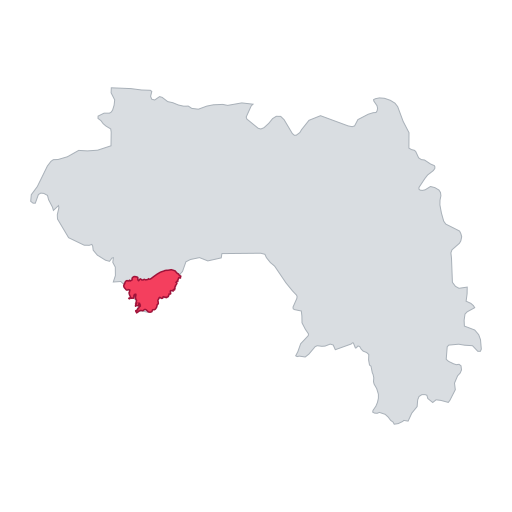 Forecariah, Forécariah, Guinea (highlighted)
{"feature_id": "49546643B90846257605457", "entity_name": "Forecariah", "entity_type": "district", "adm_level": 2, "iso_a3": "GIN", "parent_name": "Guinea", "parent_adm1": "Forécariah", "projection": "albers", "projection_center": [-13.107, 9.386], "detail": "fine", "context": "in_parent", "style": "filled", "palette": "rose", "viewbox_px": 512, "rotation_deg": 0, "n_neighbors": 0, "source": "geoboundaries", "source_scale": "gbopen_adm2", "svg_char_len": 7288}
<svg xmlns="http://www.w3.org/2000/svg" viewBox="0 0 512 512"><path d="M321.9,346.3L317.2,345.7L315.1,346.7L308.9,354.1L305.2,357.0L299.3,356.1L297.2,356.6L295.7,355.8L297.8,351.8L300.7,343.7L308.3,335.6L308.5,333.9L305.3,329.2L302.0,322.8L301.9,315.9L301.3,311.0L294.5,309.6L293.2,308.8L293.0,307.1L296.8,298.5L297.1,296.7L296.6,295.2L292.4,290.8L285.9,282.8L274.6,266.1L270.4,262.6L266.4,257.6L264.9,254.3L260.7,253.2L221.9,253.6L221.2,257.9L207.8,260.9L199.5,257.6L190.4,259.5L185.9,261.8L182.5,271.5L180.5,273.6L178.6,278.0L176.8,280.4L174.8,285.2L170.4,292.0L165.8,296.5L158.0,298.9L155.6,306.1L153.8,308.8L150.8,310.9L147.6,312.2L141.2,310.8L137.6,312.1L137.0,310.3L139.0,304.6L137.4,301.6L131.3,295.7L130.7,292.8L128.9,289.1L120.8,281.5L113.3,282.0L115.4,275.6L115.3,267.1L112.8,262.4L113.4,257.7L112.0,258.0L109.5,261.3L105.5,260.2L97.3,255.1L93.2,250.2L92.7,246.1L91.8,244.4L89.3,245.3L84.2,245.2L68.6,237.7L57.5,219.0L57.3,214.8L58.9,207.6L58.5,205.6L53.4,210.4L52.5,207.2L48.6,199.7L47.5,195.4L43.8,193.4L40.8,193.1L38.4,194.5L35.3,203.2L33.1,203.2L30.7,201.3L31.3,194.7L37.3,186.6L47.4,166.0L51.0,161.3L53.3,159.7L58.1,159.5L67.3,156.8L78.7,150.4L87.4,150.9L97.6,150.2L111.0,145.8L111.2,132.0L110.7,128.9L106.0,126.1L103.2,123.7L100.9,120.6L98.0,118.4L98.1,116.1L104.0,113.2L109.4,113.2L111.2,112.1L112.6,110.1L114.1,105.2L114.7,99.9L111.1,92.8L111.3,87.8L130.9,88.6L141.6,90.0L150.4,90.3L151.8,91.5L150.6,96.3L151.7,99.2L154.7,100.0L159.6,96.6L162.2,97.4L167.7,101.6L172.8,102.7L178.4,105.0L183.7,106.2L188.3,106.1L191.8,108.4L198.4,109.2L206.8,106.1L213.4,104.8L222.7,104.4L227.6,105.4L241.8,102.9L253.0,104.2L251.2,105.9L246.2,117.0L246.8,119.0L258.2,128.3L260.9,129.0L264.0,127.7L268.8,123.3L272.6,118.6L276.3,116.3L280.7,116.4L284.1,119.7L292.3,133.5L294.4,135.3L296.3,135.2L299.8,132.6L301.6,129.6L309.0,120.3L320.5,115.7L348.1,125.9L352.2,126.7L354.6,125.9L357.9,119.6L368.3,114.2L373.2,112.7L376.0,112.5L377.1,110.8L377.6,108.3L377.0,105.7L373.8,101.0L373.6,99.6L375.5,98.7L379.4,97.9L384.5,98.3L390.3,100.3L395.0,103.2L397.7,106.7L403.1,121.3L409.0,132.7L408.9,148.1L411.5,149.6L414.4,150.3L415.7,151.5L418.6,157.8L421.3,159.6L424.5,160.0L430.5,164.0L434.3,165.6L434.9,166.8L434.8,168.5L433.3,170.6L427.6,175.0L424.8,178.6L419.0,187.4L418.9,189.1L420.2,190.2L422.6,190.4L425.2,189.8L430.5,186.5L434.8,187.6L438.9,190.0L440.5,192.5L440.9,195.8L440.0,200.1L439.9,204.9L441.4,213.0L443.7,221.2L445.8,224.1L459.6,231.1L460.9,233.8L461.7,236.8L460.8,240.9L459.4,243.3L452.0,249.8L450.9,252.8L451.5,258.4L452.4,282.3L455.4,286.3L459.0,288.3L467.2,287.1L467.1,293.7L466.1,301.2L470.9,303.4L473.4,305.6L474.7,307.7L467.2,311.8L465.0,314.1L464.1,320.3L464.4,326.1L474.7,330.0L478.7,334.7L480.5,339.7L481.3,349.1L480.4,351.3L477.8,351.3L472.5,345.7L464.6,345.2L458.7,344.2L448.8,345.1L447.2,346.8L446.2,359.3L448.6,361.4L453.3,363.7L456.4,364.7L459.0,364.3L461.0,365.8L461.5,369.9L460.2,373.0L457.6,375.8L454.5,383.1L455.3,389.7L449.9,400.3L448.3,402.4L440.9,400.4L436.1,399.8L432.7,402.5L427.8,398.5L426.9,395.3L425.1,394.6L421.9,394.6L419.0,396.5L417.7,399.8L417.1,406.6L411.8,413.1L408.1,421.1L403.7,420.4L402.8,421.4L398.2,423.6L394.2,424.2L393.1,422.1L390.7,420.4L388.1,417.0L385.1,414.3L379.4,412.4L377.2,413.3L374.5,413.1L372.7,412.1L373.0,410.4L375.9,406.2L377.5,402.3L378.4,398.2L378.4,394.2L376.7,388.6L374.1,384.1L373.5,381.6L373.8,377.9L373.1,374.5L372.3,372.7L371.0,366.2L369.5,365.0L368.6,359.9L368.8,354.5L366.6,352.5L363.1,351.1L361.1,349.0L359.8,346.7L358.6,346.1L357.5,346.2L356.6,347.7L355.4,348.0L353.4,343.0L352.5,342.8L351.2,344.0L335.3,349.7L333.2,345.0L330.2,344.1L325.0,346.1L321.9,346.3Z" fill="#d9dde1" stroke="#a8b0b8" stroke-width="1"/><path d="M124.5,283.3L124.7,283.5L124.5,284.1L124.2,284.4L123.9,285.3L123.7,285.7L123.9,286.8L124.3,287.6L125.1,288.5L125.6,289.1L126.1,289.7L126.5,290.0L127.0,290.1L128.1,289.8L128.2,289.6L128.5,289.6L128.9,289.8L129.6,289.8L129.6,290.0L129.8,290.3L129.8,290.5L129.6,290.7L129.6,291.0L129.4,292.4L129.1,292.5L129.1,293.4L129.4,294.1L129.4,294.6L130.0,295.8L130.4,296.7L130.5,297.2L130.3,297.5L130.3,297.9L131.2,298.3L131.7,298.2L131.8,298.1L132.0,298.0L132.9,298.3L133.7,298.1L133.8,297.8L133.8,297.0L134.0,296.7L133.8,296.0L134.4,294.5L134.8,294.4L135.7,294.2L135.8,294.5L136.0,295.0L135.6,295.2L135.4,295.4L135.4,295.9L135.7,296.6L135.5,297.1L135.6,297.9L135.7,298.6L135.8,298.8L135.7,299.0L136.6,300.3L136.4,301.3L136.3,301.6L136.0,302.4L136.0,302.9L136.0,303.3L136.4,303.3L135.6,304.0L135.9,304.6L136.2,305.1L136.6,305.5L137.6,305.6L138.1,305.7L138.4,305.7L138.6,305.4L138.8,304.9L138.7,304.8L138.9,303.6L139.0,303.2L139.5,303.3L139.7,305.1L140.1,304.8L140.2,305.3L140.3,305.3L140.3,306.2L140.1,306.4L139.8,306.4L139.3,306.8L139.1,307.3L138.7,307.9L138.1,308.5L137.6,308.9L137.6,309.5L136.9,310.4L136.5,310.3L135.7,310.8L135.7,311.0L135.9,311.5L136.7,312.8L137.1,312.6L137.9,311.9L138.3,311.7L138.6,311.3L139.1,311.0L140.4,310.5L141.1,310.5L142.3,310.7L142.9,310.7L144.0,309.9L144.5,309.6L144.9,309.4L145.5,309.5L146.3,309.9L148.0,311.6L148.9,312.1L150.2,312.2L150.7,312.1L151.3,311.9L151.9,311.6L152.4,310.1L152.8,309.8L153.3,309.7L153.5,309.7L154.4,309.7L154.8,309.5L155.4,309.1L156.0,308.2L156.3,307.8L156.7,307.0L157.1,305.3L157.1,304.9L157.3,304.5L158.2,303.9L158.3,303.4L158.1,301.4L157.8,301.0L157.9,300.4L158.4,299.2L158.7,299.0L158.9,298.1L159.1,298.0L159.5,297.4L160.0,297.4L160.6,297.7L161.6,298.4L162.0,298.4L162.8,298.0L163.1,296.8L163.3,296.7L163.6,296.9L164.2,296.9L165.0,297.4L165.2,297.5L165.6,297.3L165.8,297.1L166.2,297.2L166.7,297.4L166.7,297.5L167.0,297.4L167.3,297.0L168.1,296.7L168.4,296.5L168.4,296.3L168.4,295.8L168.5,295.6L168.9,295.1L169.0,294.5L169.0,294.1L170.4,294.0L170.6,293.8L170.7,293.5L170.7,293.1L170.4,292.5L170.3,291.8L170.3,291.1L170.6,290.6L172.4,290.7L172.8,291.0L173.1,291.0L173.1,290.3L173.3,289.7L173.6,289.4L173.9,289.4L174.4,289.9L174.5,289.9L174.6,289.6L174.7,289.3L174.8,289.1L174.7,288.5L175.0,288.2L174.8,287.7L175.0,287.3L175.1,286.7L175.1,286.4L175.5,286.2L175.5,285.7L176.6,284.0L176.6,283.9L176.7,283.7L176.8,283.6L176.9,283.3L176.9,283.2L176.8,282.7L176.3,282.2L176.2,282.2L176.4,281.8L177.0,281.2L177.3,281.1L177.8,281.2L177.9,280.9L177.7,280.4L177.7,280.1L178.0,279.7L178.5,278.4L178.6,277.9L179.0,277.6L179.9,278.0L180.4,278.0L180.5,277.2L180.8,276.2L180.3,275.9L179.4,275.5L178.7,274.2L178.3,273.8L177.5,273.6L176.0,272.0L175.1,270.9L173.7,270.4L171.3,269.7L170.7,269.8L167.9,270.3L166.5,270.3L165.0,270.5L163.9,271.0L161.1,271.9L160.2,272.3L157.0,274.2L153.8,276.5L150.9,278.7L149.8,279.2L148.9,279.1L148.5,278.8L147.8,279.5L145.6,279.9L144.2,279.3L143.0,280.0L141.7,279.9L140.6,278.9L139.7,279.3L138.8,280.6L138.5,280.7L137.9,279.9L137.8,279.4L137.9,277.8L137.6,277.3L136.8,276.9L136.2,276.9L135.9,276.7L135.5,276.6L135.0,276.8L134.5,276.5L133.9,276.6L132.7,277.4L132.1,278.2L132.1,279.6L131.8,280.2L131.0,280.5L130.5,280.9L130.1,281.0L129.9,280.9L129.9,280.4L129.6,280.2L129.1,280.5L128.7,280.8L128.1,281.0L127.3,280.6L126.5,280.7L126.2,280.9L125.3,281.8L125.0,282.8L124.5,283.3ZM129.8,298.4L129.8,298.2L129.2,298.0L128.9,298.5L129.2,298.7L129.4,298.8L129.7,298.7L129.8,298.4ZM135.9,306.0L135.9,305.9L135.7,305.8L136.0,305.4L136.0,305.2L135.8,305.3L135.5,305.7L135.6,306.1L135.9,306.0Z" fill="#f43f5e" stroke="#9f1239" stroke-width="1.5"/></svg>